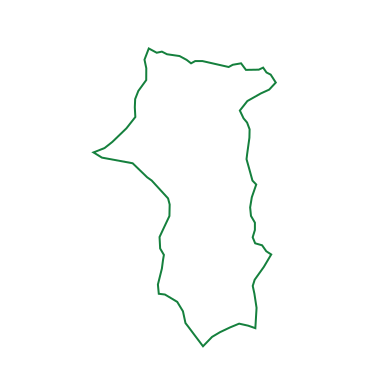 Dababa, Hadjer-Lamis, Chad, rotated 20°
{"feature_id": "50815135B80092252042653", "entity_name": "Dababa", "entity_type": "district", "adm_level": 2, "iso_a3": "TCD", "parent_name": "Chad", "parent_adm1": "Hadjer-Lamis", "projection": "equal_earth", "projection_center": [16.914, 12.314], "detail": "fine", "context": "isolated", "style": "outline", "palette": "green", "viewbox_px": 384, "rotation_deg": 20, "n_neighbors": 0, "source": "geoboundaries", "source_scale": "gbopen_adm2", "svg_char_len": 1181}
<svg xmlns="http://www.w3.org/2000/svg" viewBox="0 0 384 384"><g transform="rotate(20 192 192)"><path d="M233.3,60.5L225.8,54.8L221.1,54.2L216.3,50.8L212.9,54.2L200.9,58.8L194.1,54.3L186.8,58.5L183.7,62.0L157.0,65.4L150.2,67.9L147.1,71.4L141.8,69.7L133.8,68.5L121.4,71.1L115.7,70.4L111.2,73.2L102.3,71.9L102.1,83.9L106.7,91.3L110.7,102.5L107.0,115.4L106.8,124.1L109.3,132.0L113.1,140.9L108.6,154.6L100.0,172.2L94.8,180.6L85.9,188.5L95.6,190.5L126.4,185.3L144.8,193.5L150.2,195.0L171.7,206.2L175.3,211.4L179.0,222.3L177.6,237.4L176.9,245.4L181.4,256.0L187.1,260.7L188.0,265.7L189.9,274.3L191.6,290.6L195.6,299.0L201.6,297.6L215.7,300.3L224.3,307.2L230.7,317.4L234.5,319.8L243.2,325.5L255.1,333.2L260.4,321.3L266.3,314.1L274.0,306.3L281.3,299.6L290.5,298.4L298.1,298.3L292.3,278.8L285.4,266.2L281.2,259.5L280.9,253.0L285.1,237.9L287.8,223.6L282.1,222.3L276.1,218.1L269.0,218.6L268.9,218.6L264.5,213.8L264.1,206.2L261.6,199.3L255.6,194.3L251.9,186.6L250.0,176.5L249.8,163.0L244.9,160.6L238.3,151.3L232.0,142.5L230.8,137.3L227.4,121.4L224.7,113.4L220.0,107.9L215.3,105.2L209.1,99.1L212.9,87.6L222.9,75.9L229.5,69.4L233.3,60.5Z" fill="none" stroke="#15803d" stroke-width="2"/></g></svg>